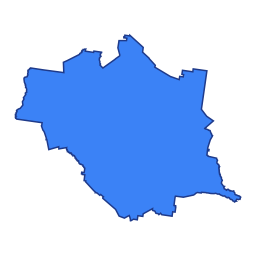 outline of Coonamble, New South Wales, Australia
{"feature_id": "25037944B2591711256956", "entity_name": "Coonamble", "entity_type": "district", "adm_level": 2, "iso_a3": "AUS", "parent_name": "Australia", "parent_adm1": "New South Wales", "projection": "mercator", "projection_center": [148.081, -30.867], "detail": "fine", "context": "isolated", "style": "filled", "palette": "blue", "viewbox_px": 256, "rotation_deg": 0, "n_neighbors": 0, "source": "geoboundaries", "source_scale": "gbopen_adm2", "svg_char_len": 5687}
<svg xmlns="http://www.w3.org/2000/svg" viewBox="0 0 256 256"><path d="M30.9,68.0L30.8,68.4L30.4,68.2L30.3,68.4L29.8,68.5L29.7,68.8L29.4,69.0L29.4,69.4L27.9,70.3L28.1,70.9L27.9,71.5L28.2,71.8L28.1,72.6L27.7,73.1L27.7,73.7L28.0,74.8L27.9,75.1L27.5,75.2L27.3,76.6L26.2,77.0L25.7,77.0L25.3,77.3L24.9,77.2L24.0,78.1L24.0,79.5L24.3,81.4L24.3,82.0L24.7,83.0L25.0,83.3L25.1,83.7L25.0,83.8L25.1,84.2L25.5,84.5L25.6,85.0L25.3,85.1L25.3,85.3L25.7,86.1L25.6,87.5L26.1,87.6L26.7,89.3L26.5,91.4L26.7,92.1L26.4,92.2L26.2,92.5L25.7,92.8L25.5,93.2L25.6,93.8L25.4,93.7L25.5,94.9L23.4,97.8L24.0,99.0L22.4,101.7L22.9,105.0L20.2,108.4L19.0,108.7L18.6,109.1L17.9,109.3L17.8,109.5L17.3,109.9L17.0,110.1L16.8,110.1L16.6,110.5L16.8,110.6L16.7,110.9L17.0,111.5L16.6,111.9L16.7,112.1L16.1,112.7L16.3,113.0L16.2,113.7L15.5,114.1L15.5,114.5L15.4,114.6L15.4,114.9L15.7,114.9L15.6,115.1L15.7,115.4L15.6,115.5L15.8,115.7L15.7,115.8L15.8,116.1L16.0,116.2L15.8,116.3L15.8,116.7L15.5,116.9L15.6,117.0L15.4,117.2L15.5,117.8L15.6,118.1L15.9,118.1L15.9,118.3L16.2,118.3L16.7,119.1L42.1,122.7L41.7,125.6L41.4,125.8L42.9,130.1L43.9,131.3L44.5,132.7L46.3,138.1L46.1,139.6L46.8,139.5L48.8,149.6L58.5,146.8L58.3,147.3L58.7,147.6L58.8,148.3L59.1,148.5L59.0,148.9L66.5,147.6L66.4,147.8L66.5,149.1L66.6,149.4L66.8,149.2L67.1,149.4L67.2,149.6L66.9,149.9L67.0,150.3L67.5,150.8L67.4,151.5L68.1,151.5L68.4,152.3L68.8,152.5L69.1,152.4L69.2,152.7L69.7,152.8L70.0,153.4L70.7,153.3L70.9,152.9L71.2,153.0L71.6,153.6L71.3,153.9L71.6,154.6L72.1,154.6L72.5,155.1L72.9,155.1L73.0,155.6L73.3,155.3L73.8,155.4L74.0,155.8L74.4,155.8L74.4,156.2L74.7,156.5L74.7,156.8L75.4,157.3L75.2,157.9L75.5,157.9L75.6,158.1L76.0,158.4L75.9,158.9L76.1,159.0L76.2,159.3L76.5,159.2L76.7,159.4L77.1,160.0L77.0,160.4L77.4,160.5L77.4,160.9L77.6,161.0L77.9,160.7L78.1,160.9L78.4,160.9L78.3,161.2L78.5,161.8L78.9,162.1L78.9,162.6L79.2,163.5L80.1,164.2L80.3,164.0L80.6,164.3L81.4,164.3L82.0,164.9L82.8,165.0L83.0,165.4L82.9,166.0L83.0,166.3L83.6,166.5L83.8,166.9L83.9,167.6L84.8,168.1L84.2,172.5L81.7,172.2L81.5,173.8L82.3,173.9L82.3,174.5L84.8,174.8L84.1,180.6L85.8,180.9L85.6,181.8L93.8,190.7L95.3,192.0L95.2,192.7L96.0,192.6L96.4,192.9L96.8,192.8L99.8,195.3L100.7,194.5L103.4,196.8L102.9,197.1L102.8,198.3L115.6,209.4L119.1,216.1L124.4,218.1L129.2,215.5L130.0,217.6L130.4,219.4L130.4,220.7L130.8,220.8L133.5,219.2L137.3,219.8L137.9,215.7L142.8,216.4L143.2,213.8L152.6,208.6L152.5,210.0L152.6,210.3L153.1,210.7L154.1,210.8L155.0,211.3L155.8,213.2L156.2,213.4L156.7,213.4L158.4,213.8L158.9,214.6L160.6,213.2L161.7,214.7L172.1,216.2L172.7,211.8L175.1,212.1L175.8,207.0L175.4,206.9L175.6,205.7L174.0,205.5L175.0,197.6L175.4,196.2L175.9,196.2L183.4,197.2L193.7,195.0L195.1,194.0L195.6,193.4L197.3,192.5L201.2,193.0L201.3,192.4L201.5,192.3L206.0,192.6L206.7,192.9L207.8,192.9L210.9,193.5L214.1,193.6L215.7,193.3L217.7,194.1L218.5,194.1L219.4,194.0L219.7,194.5L220.4,194.7L220.6,195.0L221.5,195.4L221.9,195.4L222.4,195.9L223.7,196.1L224.7,195.9L225.2,196.3L225.3,196.7L226.2,197.1L226.3,197.4L226.4,197.5L227.0,197.4L227.4,197.8L228.4,197.4L229.0,197.9L229.4,197.9L229.6,198.6L230.8,199.5L231.4,199.4L232.3,200.0L232.4,200.3L232.9,201.0L234.1,201.2L234.2,201.7L234.6,202.0L235.4,201.4L236.2,201.2L235.7,200.9L235.8,200.5L236.1,200.3L236.8,199.2L238.7,199.6L239.4,199.2L240.0,199.3L240.2,198.7L240.2,198.2L240.6,197.4L240.4,197.3L240.5,196.9L239.8,196.5L239.7,196.2L238.8,195.8L238.7,195.9L238.2,195.9L237.3,195.3L236.9,195.3L236.5,194.9L235.5,194.8L235.0,194.4L234.9,193.5L234.7,192.7L234.0,192.0L233.7,190.9L232.3,191.3L231.8,191.0L231.1,191.0L230.7,190.6L230.1,191.0L229.8,190.6L229.2,190.3L229.1,190.0L228.0,189.2L226.9,189.7L226.6,190.3L226.3,190.2L225.6,189.3L224.3,188.9L224.2,188.4L223.8,187.7L223.8,187.3L224.1,187.2L224.1,186.7L224.4,186.4L223.5,186.2L223.2,185.9L223.0,185.5L222.6,185.1L222.4,184.7L221.4,183.3L221.7,181.5L222.3,180.5L222.3,180.1L221.6,179.4L221.4,178.5L221.5,178.0L221.2,177.5L221.3,177.3L220.9,176.7L220.5,176.5L220.3,176.1L220.4,175.5L219.8,174.8L220.2,174.3L219.8,173.8L219.6,173.8L219.6,173.4L219.3,173.0L219.5,172.6L219.2,171.9L219.3,171.7L219.1,170.4L219.3,170.2L219.1,169.4L218.9,169.1L219.0,169.0L218.8,168.8L219.0,168.4L218.9,168.1L219.1,167.9L219.2,167.6L218.9,167.4L219.2,166.9L219.5,166.7L218.9,166.2L218.8,165.9L219.1,165.4L218.5,164.5L218.2,164.2L217.8,164.2L217.6,163.7L216.9,163.0L216.9,161.7L217.5,160.5L217.2,160.1L217.3,159.9L216.8,159.3L216.6,158.2L208.2,156.3L208.0,156.2L207.9,155.5L206.8,155.0L207.0,154.4L207.4,150.7L208.8,150.9L209.0,149.5L207.6,149.3L207.8,147.6L210.3,139.8L212.3,136.3L212.1,135.9L212.5,135.6L211.5,134.5L211.6,134.0L210.9,133.0L210.8,132.4L210.4,131.7L210.1,130.6L209.0,130.2L208.6,130.3L208.0,129.6L207.6,129.6L207.2,129.4L205.2,128.9L204.8,128.5L205.6,127.9L205.4,127.8L213.4,120.9L206.7,116.3L201.4,109.3L206.9,70.8L193.2,68.9L192.8,71.8L182.5,70.3L181.9,74.3L183.6,74.6L183.2,76.9L179.7,76.4L179.2,79.6L171.0,76.7L170.9,76.8L154.7,67.1L155.3,65.6L155.3,65.3L149.4,58.9L149.1,58.2L142.6,52.2L143.2,47.4L129.8,35.2L129.7,35.9L124.9,35.2L124.7,36.8L123.9,36.7L123.8,37.8L126.9,38.2L126.5,40.6L119.0,40.6L117.9,47.8L119.8,55.0L119.6,55.9L115.4,58.9L115.2,59.2L102.9,68.0L100.0,65.1L100.1,64.4L100.4,64.4L100.5,63.9L99.9,63.1L99.8,62.6L99.9,61.6L99.3,60.0L99.3,59.4L99.4,59.1L99.4,58.2L99.7,58.1L99.8,57.4L101.0,56.4L100.9,56.1L100.1,55.0L100.5,54.4L100.5,53.5L101.6,52.7L101.6,52.2L93.9,51.1L93.6,52.4L85.3,51.2L85.7,49.1L85.2,49.3L84.6,49.1L84.1,49.5L83.7,49.5L83.5,49.8L83.1,49.6L83.0,49.9L82.1,50.4L82.2,50.9L81.8,51.1L81.9,51.6L81.5,51.9L81.7,52.5L80.2,53.2L79.7,53.7L79.7,54.1L79.3,54.5L67.0,60.7L63.4,62.3L63.8,72.6L43.4,69.9L30.9,68.0Z" fill="#3b82f6" stroke="#1e3a8a" stroke-width="1.5"/></svg>